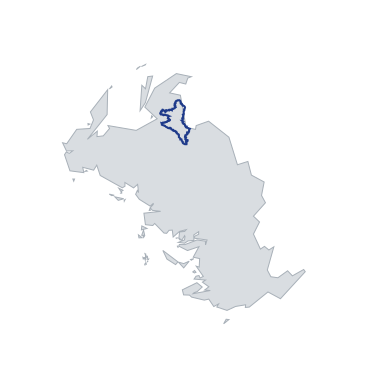 where Amur sits in Russia, rotated 208°
{"feature_id": "RUS-2609", "entity_name": "Amur", "entity_type": "Region", "adm_level": 1, "iso_a3": "RUS", "parent_name": "Russia", "parent_adm1": "", "projection": "orthographic", "projection_center": [128.173, 52.947], "detail": "fine", "context": "in_parent", "style": "outline", "palette": "blue", "viewbox_px": 384, "rotation_deg": 208, "n_neighbors": 0, "source": "natural_earth", "source_scale": "10m", "svg_char_len": 9241}
<svg xmlns="http://www.w3.org/2000/svg" viewBox="0 0 384 384"><g transform="rotate(208 192 192)"><path d="M261.4,289.2L246.7,293.5L249.2,290.6L248.2,284.4L254.6,282.8L258.3,269.0L247.7,272.0L227.7,246.5L218.3,248.9L219.5,252.6L210.6,262.3L185.1,257.7L164.7,237.4L157.0,245.2L147.5,234.8L133.0,234.7L129.0,221.6L122.1,217.0L126.4,199.5L118.3,197.2L118.0,183.7L104.8,173.7L102.5,178.0L96.9,176.9L94.0,182.0L88.9,158.5L82.6,154.2L75.9,156.6L70.6,167.3L64.0,165.1L57.0,176.0L54.6,174.8L63.8,139.3L78.0,139.4L87.4,117.3L90.7,115.1L91.7,117.6L99.8,111.4L105.5,103.9L116.1,102.1L116.0,105.6L119.0,101.1L126.9,105.3L130.4,102.3L143.0,99.0L145.8,99.8L151.1,97.2L154.6,101.1L145.1,114.2L138.4,112.9L140.6,106.6L142.9,104.1L143.4,102.6L129.6,113.6L134.9,111.3L132.6,116.2L140.5,117.3L138.7,120.6L149.3,116.1L148.9,119.6L146.6,121.5L144.5,119.8L142.4,122.8L153.5,128.5L150.4,129.1L154.0,136.8L160.3,135.0L160.2,147.0L168.5,138.2L178.3,138.0L178.5,139.7L173.6,142.2L165.0,152.0L157.1,154.9L155.2,151.6L156.2,156.7L167.7,152.5L169.4,153.5L166.3,157.8L167.5,160.1L170.3,154.9L167.6,150.2L172.6,146.9L174.5,143.3L180.4,141.1L176.1,146.2L177.3,149.4L178.0,150.0L178.4,144.6L182.0,145.2L184.2,150.9L180.0,153.7L179.4,156.1L184.5,151.4L187.5,143.4L191.5,149.1L194.3,147.4L195.0,143.6L197.5,142.6L210.2,146.7L210.9,144.0L217.8,141.3L224.5,150.7L210.6,160.2L218.4,157.2L221.5,158.4L220.4,162.7L220.5,163.4L220.9,163.6L222.3,159.9L235.1,160.8L240.7,163.5L241.0,167.7L238.9,166.4L243.6,173.2L245.5,168.2L255.7,168.9L253.9,165.6L255.5,163.0L280.8,163.5L288.7,171.0L289.1,165.1L300.1,162.5L296.6,158.3L309.7,153.4L322.1,165.1L321.8,168.2L318.4,168.6L316.6,172.4L322.1,169.3L329.4,174.7L325.3,175.8L323.2,193.2L311.9,200.2L312.8,209.4L319.3,215.0L314.5,242.8L303.3,220.5L309.1,189.4L304.2,201.3L301.9,196.3L296.7,199.9L294.6,209.4L297.4,211.2L270.2,220.2L257.1,240.3L273.5,244.8L273.7,266.2L261.4,289.2ZM190.3,126.7L171.6,123.7L172.4,120.2L182.6,121.0L190.3,126.7ZM276.0,239.4L286.4,262.7L281.5,261.3L285.2,273.1L281.2,275.9L275.1,249.0L276.0,239.4ZM163.7,121.1L171.1,123.7L165.7,124.9L162.0,129.6L163.7,121.1ZM249.1,154.0L253.2,150.0L257.9,151.5L249.1,154.0ZM216.1,130.2L216.9,135.6L213.4,131.5L216.1,130.2ZM217.3,126.6L219.2,129.0L214.6,128.2L217.3,126.6ZM218.9,134.8L220.4,138.5L214.6,138.7L218.9,134.8ZM259.1,152.6L261.2,151.1L264.1,151.3L259.1,152.6ZM102.2,90.5L102.1,95.7L99.5,96.7L102.2,90.5ZM199.2,107.6L200.3,108.8L198.0,106.4L199.2,107.6ZM255.0,159.1L258.5,161.0L253.7,161.1L255.0,159.1ZM152.9,123.9L150.8,123.0L151.8,121.7L153.8,121.8L152.9,123.9ZM201.3,109.9L202.5,110.9L201.9,111.9L201.3,109.9ZM203.3,114.1L201.3,114.3L201.4,113.1L202.6,112.9L203.3,114.1ZM203.6,115.5L203.3,114.3L204.6,115.5L203.6,115.5ZM161.6,131.7L159.1,134.0L160.6,131.4L161.6,131.7ZM214.9,130.4L213.3,130.5L213.4,129.2L214.9,130.4ZM203.6,110.0L204.7,111.3L203.3,111.2L203.6,110.0ZM303.3,147.5L301.8,148.3L301.5,146.0L303.3,147.5ZM199.9,106.1L199.6,107.2L199.1,105.1L199.9,106.1ZM179.3,137.5L177.9,136.2L179.5,137.3L179.3,137.5ZM221.1,155.6L221.4,157.6L220.2,156.2L221.1,155.6ZM296.1,160.0L295.4,161.5L294.3,161.3L296.1,160.0ZM200.2,113.0L200.5,112.0L200.5,113.4L200.2,113.0ZM203.3,111.6L202.4,112.5L202.7,111.3L203.3,111.6ZM298.6,274.0L298.3,275.9L296.6,278.9L298.6,274.0ZM199.7,111.7L198.8,112.6L198.7,111.9L199.7,111.7ZM182.2,144.9L180.6,144.5L180.4,144.2L182.2,144.9ZM316.0,203.6L314.1,204.0L315.2,202.4L316.0,203.6ZM254.4,157.5L254.1,159.0L253.5,158.0L254.4,157.5ZM262.7,238.1L263.4,240.4L262.1,240.0L262.7,238.1ZM313.3,244.2L312.7,247.9L311.9,247.2L313.3,244.2ZM199.0,110.6L198.4,110.0L198.6,109.6L199.0,110.6ZM184.8,143.7L183.5,144.5L183.6,144.0L184.8,143.7ZM248.1,153.0L247.5,153.9L247.5,152.1L248.1,153.0ZM292.9,282.3L295.6,279.0L292.9,282.8L292.9,282.3Z" fill="#d9dde1" stroke="#a8b0b8" stroke-width="1"/><path d="M227.4,246.6L226.9,246.3L226.5,246.5L225.8,246.6L224.6,246.6L224.4,246.4L223.6,246.7L223.6,246.3L223.5,245.9L223.6,245.5L223.5,245.4L223.5,244.9L223.2,244.3L222.9,244.0L222.9,243.7L223.2,243.5L223.2,243.2L223.2,242.9L223.0,242.6L223.2,242.3L223.5,242.2L223.6,242.3L223.7,242.6L224.2,242.4L224.3,242.4L224.3,242.2L223.8,241.7L223.7,241.3L223.8,241.1L223.8,240.9L223.8,240.7L223.4,240.8L223.3,241.0L223.2,240.9L223.3,240.5L224.0,239.9L224.0,239.3L224.3,239.0L224.1,238.9L224.3,238.1L224.3,237.8L224.2,237.6L224.1,237.2L223.8,237.1L223.6,237.2L223.4,237.5L223.2,237.6L222.8,237.5L222.7,237.3L222.8,237.1L222.7,236.5L222.9,236.2L222.7,236.0L222.8,235.6L222.6,235.3L222.3,235.3L222.1,235.2L221.8,235.2L220.9,235.6L220.6,235.7L220.3,235.5L220.1,235.6L220.0,235.4L220.1,235.2L219.9,234.7L220.1,234.4L220.4,234.2L221.1,234.2L220.8,233.8L220.9,233.6L220.5,233.4L220.6,233.1L219.9,232.9L219.8,232.7L219.6,232.4L219.6,232.2L219.5,231.8L219.4,231.8L219.3,231.6L219.9,231.2L220.2,231.2L220.9,230.8L222.3,230.8L222.6,230.8L222.7,231.1L223.5,231.2L223.7,231.4L223.7,231.7L223.9,231.9L223.9,232.1L225.2,232.4L225.4,232.8L225.9,233.0L226.1,233.3L226.1,233.5L226.6,233.5L226.7,233.2L226.9,233.1L226.9,233.3L227.2,233.6L227.8,233.9L229.3,234.2L229.4,234.4L229.6,234.9L229.9,235.2L230.0,235.6L230.3,235.7L230.4,236.0L230.4,236.3L230.6,236.5L231.0,236.4L231.2,236.6L231.7,236.7L232.4,236.5L232.8,236.7L232.8,236.9L233.1,237.2L233.8,237.0L234.3,237.3L234.4,237.5L234.5,237.7L234.3,237.7L234.3,237.9L234.9,237.9L235.2,238.0L235.4,238.0L235.5,237.7L235.9,237.6L235.8,237.8L236.3,237.8L236.5,237.7L236.4,237.6L236.5,237.5L236.9,237.6L237.1,237.5L237.4,237.6L237.5,237.9L237.8,238.1L238.0,238.0L238.1,237.7L238.3,237.5L238.5,237.6L238.5,237.8L238.9,237.8L239.6,237.6L240.1,238.0L240.3,238.3L240.8,238.2L240.8,238.4L241.0,238.5L241.4,238.5L241.7,238.4L241.8,238.2L241.6,237.8L241.6,237.7L243.1,237.2L243.6,237.4L243.8,237.3L244.0,237.5L245.7,237.3L246.7,237.7L246.9,237.6L247.3,237.7L247.5,237.5L247.9,237.6L248.0,237.5L248.4,237.6L248.8,237.4L249.2,237.4L249.5,237.2L250.2,237.2L250.5,237.7L250.4,237.9L250.5,238.0L250.8,238.3L251.1,238.3L251.3,238.5L250.8,238.6L250.6,238.6L250.7,239.0L250.5,239.3L249.9,239.4L249.8,239.5L250.0,239.8L249.7,240.0L249.2,240.0L248.9,240.3L249.0,240.6L248.6,241.0L248.2,241.3L248.1,241.2L247.9,241.5L247.6,241.6L247.1,242.0L247.2,242.3L247.0,243.3L246.8,243.5L246.5,243.3L246.2,243.5L245.5,244.2L245.4,244.8L245.2,245.0L245.3,245.3L245.8,245.2L246.3,245.4L246.4,245.7L246.6,245.7L247.0,245.5L247.9,245.7L247.9,246.3L248.1,246.5L248.0,246.8L248.2,247.6L248.2,247.9L248.0,248.1L249.1,247.9L249.1,248.3L249.5,248.3L249.7,248.0L250.5,247.8L251.0,247.8L251.1,247.7L251.7,247.8L251.9,247.5L252.4,247.5L252.6,246.9L253.2,246.5L253.3,246.5L253.4,246.3L253.6,246.3L253.9,246.6L254.0,246.5L254.6,246.7L255.0,246.5L255.1,246.3L255.7,246.2L255.7,245.9L255.9,245.8L256.5,246.1L256.5,246.4L256.9,246.5L256.9,246.8L256.7,246.7L256.7,246.9L256.9,247.0L257.1,247.3L256.9,247.6L256.9,247.9L257.0,248.1L256.8,248.1L256.5,248.7L256.6,249.0L256.4,249.0L256.4,249.3L256.7,249.5L256.8,249.7L256.9,249.9L256.6,250.3L256.5,250.6L256.6,250.9L256.4,251.0L255.4,250.7L255.2,250.8L254.9,250.6L254.6,250.7L254.4,250.6L254.0,250.5L253.5,250.2L253.1,250.1L252.9,250.3L252.9,250.6L253.0,250.8L252.9,251.1L253.2,251.3L253.2,251.6L253.5,251.8L253.3,252.2L252.4,252.4L251.9,252.4L251.8,252.6L251.3,252.9L251.2,253.0L251.1,253.4L250.8,253.4L250.9,253.8L250.5,254.1L250.4,254.0L250.0,254.3L249.9,254.1L249.7,254.4L249.4,254.4L249.1,254.7L248.2,254.7L248.3,254.9L248.2,255.1L248.3,255.4L248.5,255.6L248.5,256.2L248.4,256.2L248.1,256.1L247.9,256.2L247.7,256.6L247.4,256.7L247.0,257.6L246.7,257.7L246.6,257.8L246.6,258.0L246.8,258.3L246.7,258.4L246.4,258.9L246.5,259.1L246.3,259.3L246.6,259.5L246.6,259.2L247.1,259.2L247.3,259.6L247.2,259.9L247.0,260.0L247.1,260.3L247.3,260.4L247.7,260.2L247.8,260.6L248.2,260.5L248.3,260.9L248.6,261.2L248.7,261.4L248.4,261.7L248.2,261.8L248.2,262.1L248.7,262.2L248.8,262.4L248.8,263.2L248.4,263.3L248.5,263.5L248.9,263.7L248.9,264.5L248.6,265.3L248.4,265.4L248.2,265.3L247.6,266.1L247.6,266.3L247.5,266.5L247.1,266.5L246.6,266.8L246.5,267.0L246.3,267.1L246.0,266.9L245.4,267.1L244.5,266.4L244.5,266.2L244.3,266.1L244.2,265.8L244.0,265.7L243.9,265.3L243.4,265.3L243.3,264.9L243.2,264.7L242.9,264.7L242.9,264.9L242.8,265.1L242.5,264.9L242.1,265.0L241.8,264.7L241.5,264.5L241.2,264.5L241.1,264.4L241.3,264.3L241.3,264.1L240.9,263.9L240.8,264.1L240.1,264.1L239.9,264.2L239.3,264.2L238.9,264.0L238.6,264.0L238.2,263.7L238.1,263.4L237.7,263.1L237.7,262.6L237.6,262.1L237.8,261.7L237.9,261.3L237.2,260.9L237.2,260.4L237.1,260.2L237.3,259.7L237.1,259.3L237.1,259.0L236.9,258.8L236.7,258.3L236.1,257.6L236.1,257.0L236.3,256.5L236.1,256.5L236.0,256.8L235.8,256.7L235.8,256.4L236.0,256.3L236.1,256.2L235.8,256.0L235.8,255.9L235.9,255.7L235.5,255.3L235.6,255.1L235.6,254.9L235.4,254.6L234.9,253.6L234.9,253.4L235.1,253.3L235.2,252.9L234.6,252.6L234.9,252.3L234.6,252.1L234.7,251.8L234.5,251.5L234.3,251.4L234.3,251.2L234.0,250.9L233.8,251.0L233.7,250.8L233.7,250.6L234.0,250.5L233.9,250.3L234.1,250.2L233.7,250.1L233.5,249.8L233.4,249.5L232.9,249.6L233.1,249.2L232.8,248.8L232.6,248.9L232.5,248.7L231.6,248.1L231.0,248.2L230.9,248.3L231.0,248.5L230.9,248.5L230.7,248.3L230.3,248.1L229.7,247.9L229.3,247.3L229.0,247.4L228.6,246.9L228.4,246.7L228.0,246.6L227.7,246.4L227.5,246.6L227.5,246.4L227.4,246.4L227.4,246.6Z" fill="none" stroke="#1e3a8a" stroke-width="2"/></g></svg>